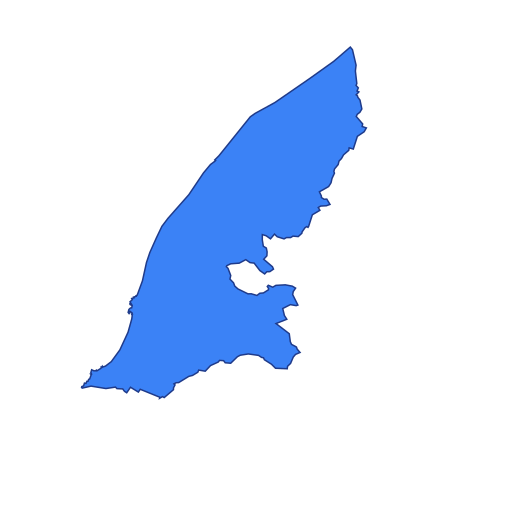 Greystones Lea-6, Wicklow, Ireland (Mercator projection), rotated 224°
{"feature_id": "5873133B55746922495286", "entity_name": "Greystones Lea-6", "entity_type": "district", "adm_level": 2, "iso_a3": "IRL", "parent_name": "Ireland", "parent_adm1": "Wicklow", "projection": "mercator", "projection_center": [-6.093, 53.104], "detail": "fine", "context": "isolated", "style": "filled", "palette": "blue", "viewbox_px": 512, "rotation_deg": 224, "n_neighbors": 0, "source": "geoboundaries", "source_scale": "gbopen_adm2", "svg_char_len": 2950}
<svg xmlns="http://www.w3.org/2000/svg" viewBox="0 0 512 512"><g transform="rotate(224 256 256)"><path d="M333.3,471.8L335.3,450.1L340.7,420.8L349.0,379.6L355.7,358.0L356.8,352.2L352.3,302.4L352.4,296.5L351.4,296.6L351.4,295.8L352.3,290.2L351.5,279.3L346.9,253.4L345.5,222.0L344.3,212.0L340.2,199.7L334.8,184.8L330.3,175.3L320.4,159.2L314.3,145.4L314.7,144.0L314.2,143.8L315.5,141.4L314.7,141.2L315.9,139.1L314.7,138.8L314.8,135.5L312.4,134.9L313.5,134.1L312.9,133.6L310.6,134.3L309.4,132.3L310.2,131.4L310.3,129.3L308.8,126.6L307.3,126.4L307.4,127.2L308.5,126.9L308.9,127.9L308.2,128.7L305.6,129.0L304.6,128.4L305.1,127.8L303.7,127.2L301.7,124.5L295.1,112.3L288.7,93.9L286.7,79.5L287.8,72.2L289.0,69.9L289.9,70.0L289.4,69.1L290.3,68.7L289.5,67.6L290.6,63.1L291.5,63.0L291.2,62.4L292.9,60.8L295.2,60.0L293.8,57.4L292.4,56.9L292.9,56.2L292.1,56.2L290.2,51.9L290.7,51.0L289.8,49.2L290.6,48.4L289.8,46.2L291.1,45.4L289.8,42.8L290.6,41.1L290.1,40.2L289.2,40.3L284.3,47.8L271.9,56.4L266.0,64.1L263.9,64.0L259.5,67.8L256.6,67.3L254.0,67.8L255.1,74.4L246.1,76.4L246.7,79.7L227.0,87.6L226.5,86.7L225.6,89.9L223.7,90.4L222.5,102.5L223.8,103.9L224.7,107.0L226.2,107.0L225.4,109.4L223.7,111.2L220.7,122.8L218.7,126.0L217.1,132.0L218.0,134.1L212.5,137.9L212.6,145.6L209.5,153.5L209.7,155.6L206.6,158.2L204.0,157.8L199.7,161.3L199.4,170.7L198.4,173.7L193.5,180.2L185.1,186.3L181.6,186.9L179.9,188.0L177.9,187.2L169.7,188.9L164.0,188.8L155.2,196.6L155.7,197.2L156.7,198.7L156.5,202.7L159.0,209.2L159.2,212.7L157.3,217.2L161.7,217.6L163.7,218.6L169.1,217.1L171.8,218.2L178.1,223.2L194.7,221.3L189.9,231.9L194.2,232.9L200.3,236.8L197.5,244.9L192.6,248.2L191.8,249.8L202.8,253.7L204.5,256.3L205.2,260.4L209.0,259.5L214.9,255.6L221.3,248.7L222.3,245.2L226.8,243.5L226.7,241.9L224.4,241.4L223.6,240.3L225.0,234.6L227.4,231.8L227.9,228.3L233.2,225.5L235.5,223.2L246.0,219.8L250.4,219.6L253.5,221.1L258.7,221.3L260.6,224.4L267.6,227.7L269.9,227.7L270.3,228.7L268.8,232.8L263.1,239.2L260.8,246.3L255.7,247.1L252.4,249.6L243.1,248.2L237.3,249.1L237.3,252.2L235.2,254.3L234.3,258.7L236.7,259.7L248.2,259.0L248.3,263.7L250.9,266.7L254.1,268.9L257.5,268.1L262.7,272.0L266.3,275.8L262.8,277.6L257.5,278.4L257.9,284.6L254.1,284.6L247.7,287.8L246.9,290.4L243.9,293.3L243.2,296.0L239.1,299.3L238.8,304.2L239.6,305.4L240.4,310.4L239.9,312.5L238.5,312.7L238.7,313.8L244.1,324.8L241.8,333.3L244.9,334.1L244.2,336.8L240.3,341.0L238.6,344.5L244.6,346.1L246.5,344.1L249.6,343.5L250.7,344.6L255.0,346.2L252.0,356.4L252.9,360.8L255.2,364.6L257.1,370.1L258.7,370.9L260.0,373.2L260.4,378.8L262.2,381.9L262.2,385.4L263.3,389.6L262.7,396.5L264.1,398.5L260.3,400.5L266.2,412.5L264.5,420.5L265.6,424.8L269.6,422.9L271.0,425.1L280.8,426.0L281.6,428.3L281.1,431.5L282.0,435.3L289.5,440.4L293.0,440.9L294.3,441.7L295.9,441.5L296.0,445.5L297.9,444.8L299.2,448.0L302.5,448.2L303.3,450.1L313.0,458.1L316.6,462.8L329.9,471.4L333.3,471.8Z" fill="#3b82f6" stroke="#1e3a8a" stroke-width="1.5"/></g></svg>